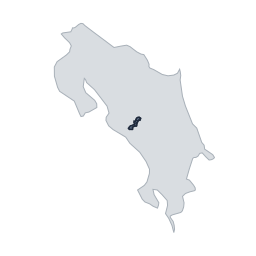 location of Aserri, San José, Costa Rica, rotated 17°
{"feature_id": "36466004B1589353169511", "entity_name": "Aserri", "entity_type": "district", "adm_level": 2, "iso_a3": "CRI", "parent_name": "Costa Rica", "parent_adm1": "San José", "projection": "albers", "projection_center": [-84.129, 9.746], "detail": "fine", "context": "in_parent", "style": "filled", "palette": "slate", "viewbox_px": 256, "rotation_deg": 17, "n_neighbors": 0, "source": "geoboundaries", "source_scale": "gbopen_adm2", "svg_char_len": 4379}
<svg xmlns="http://www.w3.org/2000/svg" viewBox="0 0 256 256"><g transform="rotate(17 128 128)"><path d="M219.3,130.9L219.0,131.9L218.1,133.0L216.7,134.1L214.9,134.9L210.6,132.7L206.3,130.1L204.0,131.3L203.1,134.6L201.5,136.3L199.6,137.0L198.8,138.1L198.6,149.2L198.8,159.7L202.0,159.9L207.4,163.5L209.7,165.6L210.5,167.6L209.8,168.6L205.9,170.9L202.1,173.8L200.1,177.4L203.5,183.2L204.3,187.2L204.2,191.3L203.2,193.3L195.8,198.1L194.2,199.8L194.4,201.0L198.5,204.2L200.5,207.4L202.1,211.2L202.4,214.6L198.6,208.4L193.4,202.5L188.9,198.9L188.5,190.5L186.7,185.9L179.9,181.7L174.1,178.7L169.8,179.4L172.5,184.2L179.3,190.4L179.7,192.8L179.6,196.0L175.0,195.5L170.8,194.2L165.8,193.8L162.4,191.9L155.3,184.5L160.4,178.1L161.9,174.0L161.8,165.3L160.6,161.1L155.1,154.8L146.4,147.8L134.3,142.1L128.5,137.4L114.3,133.9L108.9,131.6L104.7,127.2L104.0,124.1L105.5,119.3L101.6,113.2L84.7,101.1L75.2,96.7L73.2,94.1L71.7,93.3L73.1,101.6L77.3,106.6L88.1,111.3L91.0,114.0L92.2,117.5L85.9,124.2L82.7,126.0L81.8,129.6L79.7,130.8L77.6,128.6L68.8,118.0L51.9,112.9L48.8,109.7L42.5,100.0L39.7,91.2L40.8,85.3L47.8,76.1L49.9,72.2L49.5,69.7L49.8,66.1L47.2,63.5L40.8,60.2L36.7,57.6L37.8,56.2L45.2,52.7L45.7,49.5L45.6,48.5L46.8,48.2L47.9,47.4L48.6,46.5L50.6,43.4L52.4,41.7L54.4,41.4L56.9,42.7L66.1,46.1L76.4,49.8L91.1,55.1L97.2,51.8L102.5,49.2L106.1,49.6L114.0,52.6L118.8,53.5L121.7,53.2L126.8,57.6L129.5,60.9L130.0,63.1L131.5,64.3L135.4,64.6L145.1,66.8L151.0,66.4L156.3,64.0L159.3,61.2L160.2,56.7L161.5,58.9L163.1,62.4L163.8,66.8L170.8,81.7L176.4,90.1L188.5,105.2L193.8,108.0L202.7,120.2L205.8,122.2L207.5,125.8L216.8,128.7L219.3,130.9Z" fill="#d9dde1" stroke="#a8b0b8" stroke-width="1"/><path d="M135.1,114.5L134.9,114.6L134.6,114.7L134.4,114.8L134.2,115.1L134.0,115.4L133.9,115.4L133.8,115.5L133.6,115.6L133.4,115.8L133.4,116.1L133.2,116.4L133.2,116.6L133.2,116.8L133.3,116.8L133.3,117.0L133.2,117.0L133.0,117.3L133.0,117.5L133.0,117.8L133.1,118.0L133.4,118.1L133.5,118.2L133.5,118.3L133.5,118.5L133.4,118.8L133.1,118.8L133.0,119.0L132.9,119.1L132.8,119.3L132.7,119.4L132.6,119.5L132.4,119.5L132.5,119.6L132.8,119.7L132.9,119.8L132.7,119.8L132.4,119.8L132.2,119.8L132.1,120.0L131.9,120.0L131.8,120.3L131.8,120.5L131.9,120.8L132.0,120.9L132.1,121.0L132.3,121.2L132.3,121.3L132.4,121.5L132.6,121.6L132.8,121.9L133.1,122.3L133.4,122.4L133.4,122.5L133.2,122.9L133.2,123.0L132.8,123.0L132.6,123.1L132.4,123.2L132.3,123.3L132.2,123.4L132.1,123.6L131.7,123.7L131.5,123.9L131.4,124.0L131.2,124.2L131.2,124.4L131.0,124.5L130.8,124.6L130.5,124.8L130.4,124.9L130.3,125.0L130.2,125.0L129.8,125.1L129.7,125.2L129.6,125.3L129.5,125.5L129.4,125.7L129.4,125.9L129.3,126.1L129.3,126.3L129.3,126.5L129.2,126.7L129.0,126.8L129.1,127.0L128.9,127.3L128.9,127.5L128.7,127.6L128.7,127.8L128.5,128.0L128.5,128.3L128.8,128.5L129.0,128.7L129.3,128.6L129.5,128.7L129.7,128.8L129.9,128.9L130.1,128.9L130.3,128.9L130.4,128.7L130.5,128.6L130.8,128.4L131.6,128.4L131.8,128.3L132.0,128.3L132.2,128.2L132.5,128.2L132.8,127.9L132.8,127.7L132.8,127.4L132.6,127.0L132.4,126.8L132.3,126.7L132.2,126.7L132.1,126.4L132.3,126.3L132.3,126.2L132.3,125.9L132.4,125.6L132.5,125.6L132.6,125.4L132.8,125.4L132.9,125.2L133.1,125.0L133.1,124.9L133.3,124.8L133.5,124.6L133.7,124.4L133.8,124.4L134.0,124.3L134.0,124.1L134.3,124.0L134.5,124.1L134.8,124.0L134.9,123.9L134.9,123.7L135.0,123.7L135.4,123.7L135.6,123.7L135.6,123.4L135.6,123.2L135.7,122.9L135.6,122.7L135.5,122.4L135.4,122.2L135.3,121.9L135.3,121.7L135.5,121.5L135.5,121.4L135.4,121.4L135.2,121.3L135.1,121.2L134.9,121.1L134.8,120.9L134.7,120.9L134.8,120.8L134.7,120.7L134.8,120.5L134.9,120.4L135.0,120.3L135.2,120.2L135.3,120.2L135.4,119.8L135.4,119.7L135.5,119.5L135.5,119.4L135.5,119.1L135.5,118.9L135.4,118.8L135.4,118.7L135.2,118.6L135.1,118.4L135.4,118.4L135.5,118.4L135.8,118.4L135.9,118.2L136.0,117.9L135.9,117.7L135.7,117.6L135.4,117.5L135.2,117.4L135.4,117.4L135.5,117.3L135.8,117.3L136.0,117.3L136.3,117.4L136.5,117.3L136.4,117.2L136.2,117.2L136.4,117.1L136.5,117.0L136.8,117.0L136.8,116.9L137.0,116.8L137.1,117.0L137.3,117.0L137.3,116.9L137.2,116.9L137.0,116.3L137.0,116.1L136.9,116.0L136.9,115.9L137.0,115.9L137.1,115.7L137.3,115.5L137.4,115.4L137.4,115.2L137.2,115.2L136.8,115.1L136.7,115.1L136.4,115.1L136.3,114.9L136.4,114.7L136.2,114.7L136.2,114.8L135.8,114.8L135.7,114.8L135.4,114.7L135.1,114.6L135.1,114.5Z" fill="#64748b" stroke="#1e293b" stroke-width="1.5"/></g></svg>